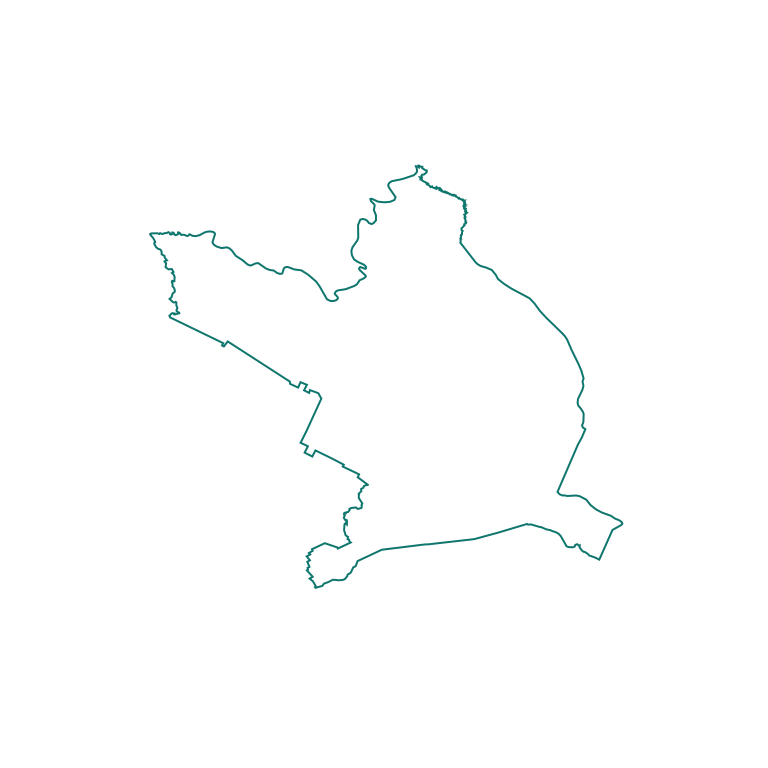 outline of San Francisco, Petén, Guatemala, rotated 114°
{"feature_id": "79465075B83427933273433", "entity_name": "San Francisco", "entity_type": "district", "adm_level": 2, "iso_a3": "GTM", "parent_name": "Guatemala", "parent_adm1": "Petén", "projection": "equal_earth", "projection_center": [-89.989, 16.624], "detail": "fine", "context": "isolated", "style": "outline", "palette": "teal", "viewbox_px": 768, "rotation_deg": 114, "n_neighbors": 0, "source": "geoboundaries", "source_scale": "gbopen_adm2", "svg_char_len": 6166}
<svg xmlns="http://www.w3.org/2000/svg" viewBox="0 0 768 768"><g transform="rotate(114 384 384)"><path d="M598.0,363.6L593.6,358.3L590.7,357.6L587.6,354.3L583.6,351.1L581.6,345.2L579.7,341.9L578.1,340.4L574.6,339.4L572.8,339.7L570.6,338.0L569.3,337.6L564.0,337.5L562.0,335.8L556.5,336.1L536.3,318.6L514.0,281.5L512.5,278.4L488.9,238.3L473.2,219.1L453.7,196.4L453.9,195.2L452.5,192.6L451.2,183.0L450.8,182.4L450.8,177.0L449.9,172.5L449.8,168.6L449.5,168.0L449.7,163.9L451.0,160.7L458.0,151.2L457.9,148.9L456.8,146.5L456.7,145.5L455.1,143.7L453.2,143.8L451.8,142.4L452.4,140.1L451.8,139.6L453.8,138.7L455.8,135.1L456.1,133.0L455.7,132.3L456.3,128.8L457.2,126.8L456.7,121.0L456.9,115.9L424.4,115.9L416.2,109.8L414.7,109.4L413.8,110.2L413.2,111.6L412.8,114.3L413.0,118.1L412.1,123.1L412.8,132.6L412.3,139.5L410.6,146.1L407.4,152.1L406.9,159.5L407.7,163.1L411.7,170.9L412.5,174.3L413.3,175.7L413.3,178.8L412.0,181.6L360.3,182.2L352.2,181.5L343.3,181.7L342.9,184.6L341.3,186.2L337.6,186.4L330.2,189.4L328.6,190.9L326.4,194.2L324.8,197.6L322.8,199.3L318.9,200.7L308.4,200.4L304.5,201.1L301.1,203.6L297.8,203.9L291.6,209.1L286.7,214.4L276.5,226.6L269.0,234.7L266.7,238.3L264.9,242.6L257.5,262.7L253.9,271.1L249.1,279.5L246.5,285.8L245.0,306.6L243.7,315.0L241.8,322.4L238.7,326.5L236.0,331.9L236.1,338.2L236.9,343.8L236.5,347.0L235.6,349.8L223.8,371.8L222.7,371.8L220.4,373.2L220.0,372.6L219.1,373.5L217.3,373.7L216.9,374.3L215.5,373.6L213.7,374.5L212.2,374.4L211.8,375.8L210.5,376.5L206.1,375.0L205.5,375.7L203.6,374.5L202.7,374.7L202.6,375.8L201.3,375.9L199.8,377.8L199.2,377.3L198.4,377.4L198.3,378.3L197.2,378.5L196.6,379.6L194.8,378.2L194.0,379.3L193.5,378.4L193.0,379.9L192.3,379.6L191.3,380.6L190.6,380.5L190.5,381.0L191.2,381.4L190.5,381.8L190.9,382.4L190.4,382.7L189.9,382.4L189.4,383.2L188.8,382.6L188.8,383.5L188.2,383.1L187.5,383.7L187.1,383.0L187.0,384.1L186.1,384.2L185.6,383.5L184.4,384.5L185.0,385.3L184.6,386.0L183.7,385.4L184.0,386.2L183.5,386.7L183.8,387.1L183.6,387.7L184.1,388.2L183.8,389.8L184.2,391.0L183.6,391.2L183.9,391.8L183.3,394.0L183.5,394.5L182.6,395.3L183.2,395.9L182.9,396.5L183.3,396.7L182.8,397.2L183.5,397.9L183.4,398.6L183.9,398.7L183.5,400.6L184.0,401.1L183.5,401.7L183.9,403.6L183.9,404.0L183.3,403.8L183.3,404.7L183.8,405.2L183.5,405.7L184.2,405.9L184.3,406.7L183.6,407.1L184.5,408.6L184.0,409.3L184.5,409.9L184.1,411.2L184.3,412.3L183.6,412.8L183.7,411.5L183.1,410.8L182.2,412.9L183.6,415.0L182.6,416.1L183.5,416.6L183.9,415.3L184.4,415.4L184.6,419.8L184.0,420.4L185.2,421.5L184.9,422.3L184.3,422.7L184.1,426.2L183.8,426.5L183.6,425.1L183.0,425.2L182.7,431.6L182.1,432.3L182.4,433.9L181.3,434.2L180.7,435.1L180.4,433.2L179.8,433.3L179.8,434.4L177.9,434.5L177.4,434.4L176.5,432.8L173.4,431.2L171.9,431.5L171.6,431.9L171.9,432.7L171.3,436.8L170.0,437.3L170.8,439.6L170.3,440.0L170.4,441.1L171.8,440.4L171.4,441.8L172.4,442.4L171.9,442.7L172.1,443.4L174.3,441.3L176.7,440.2L179.1,440.7L181.3,441.8L189.4,450.7L195.5,459.3L197.7,460.8L199.1,461.1L200.8,461.0L202.5,459.4L208.6,449.4L211.8,449.4L215.3,452.8L217.9,457.7L219.8,463.4L219.8,470.7L220.5,471.7L222.2,470.4L223.9,465.8L224.5,465.2L229.2,464.0L233.1,460.0L237.7,457.9L241.2,458.9L242.9,460.4L243.1,463.2L241.7,465.7L241.4,468.0L241.9,470.6L243.5,472.5L249.2,472.4L260.9,467.0L263.8,466.8L272.1,468.4L275.6,468.0L279.4,465.7L282.3,462.1L283.1,458.1L283.2,450.7L284.2,448.2L285.4,447.5L286.4,447.9L286.7,453.0L287.3,453.6L288.8,453.7L289.8,452.4L292.4,444.9L293.3,444.3L295.7,445.4L299.2,448.5L303.7,449.2L306.4,450.9L313.0,457.6L317.4,464.4L318.9,465.5L321.1,465.9L321.8,465.4L323.3,461.9L324.5,460.9L326.3,461.4L328.2,463.1L329.9,466.4L329.8,470.5L320.9,482.7L318.0,487.7L315.0,497.7L313.8,505.8L315.8,512.5L316.2,519.3L316.8,520.8L317.9,522.0L319.1,522.5L324.1,521.9L324.9,522.3L325.8,524.1L326.0,526.9L325.2,530.8L326.3,534.8L326.5,538.7L324.7,548.1L326.1,550.4L329.8,553.7L330.3,555.1L330.3,557.2L328.4,563.8L327.2,571.5L323.8,577.6L322.9,580.8L323.1,583.2L325.9,587.7L326.5,592.8L325.9,596.4L324.2,598.4L315.9,599.3L314.9,600.2L314.6,602.1L315.4,605.0L316.9,607.7L318.6,609.6L322.9,612.9L325.5,616.1L326.5,619.1L326.3,622.6L327.9,623.0L328.8,623.8L329.1,627.7L330.3,629.8L329.1,632.2L329.0,633.4L329.3,633.8L330.5,632.9L331.1,633.1L332.8,635.0L332.7,636.3L331.8,637.0L331.4,638.4L331.7,639.0L333.2,638.5L334.2,639.5L334.2,640.4L333.0,641.3L333.0,642.8L334.5,643.9L335.5,645.9L337.1,647.3L337.3,649.9L338.3,650.2L338.6,652.6L341.0,657.7L342.0,658.6L342.5,658.5L344.7,654.0L347.0,651.1L347.6,650.7L348.5,651.2L349.4,650.9L351.7,647.9L352.3,645.9L352.2,642.7L353.3,641.2L356.0,639.8L356.3,636.5L357.8,635.7L359.3,632.6L361.1,634.4L361.6,634.2L362.4,632.1L366.1,631.1L366.9,627.5L365.3,624.6L367.3,621.9L368.8,622.9L369.6,620.6L371.2,618.9L375.4,617.3L375.8,617.7L375.6,618.6L375.9,619.4L377.1,619.4L378.9,617.6L380.7,617.0L381.9,614.5L384.0,612.9L385.4,612.8L387.2,613.9L391.1,613.4L393.5,614.5L395.1,609.8L394.8,608.7L393.8,607.8L393.8,607.0L396.6,605.7L398.5,603.7L401.1,603.6L401.9,602.7L402.2,600.0L402.6,599.8L405.7,603.6L405.7,604.0L404.8,604.2L405.6,606.5L409.0,607.8L410.2,606.4L412.1,547.5L414.7,547.6L414.8,545.5L408.7,544.1L420.1,471.0L422.1,469.8L422.2,461.0L416.3,461.0L416.1,454.1L422.3,454.5L422.6,448.8L419.7,449.2L419.1,440.3L422.8,435.3L459.0,435.7L471.6,436.3L471.8,428.2L479.0,428.6L479.4,420.0L472.6,419.6L473.2,402.0L474.1,387.9L476.2,388.1L476.7,370.0L479.9,370.0L482.8,357.0L483.0,358.1L484.0,359.6L485.5,360.9L487.0,360.6L489.3,362.2L491.2,361.1L494.5,362.5L495.3,361.7L496.3,361.7L498.5,360.5L502.0,355.2L503.7,355.3L504.9,354.5L506.4,354.2L508.8,357.1L508.2,359.5L510.8,363.7L512.2,364.8L513.0,364.1L515.4,364.7L516.4,366.0L517.5,366.2L517.2,366.9L517.8,367.8L519.5,367.5L519.9,366.4L522.6,366.3L524.3,363.6L523.5,362.8L524.6,361.8L527.5,360.8L526.8,362.6L528.3,363.0L533.8,361.0L537.9,357.4L538.3,354.7L540.6,354.1L540.4,352.8L541.9,351.4L542.3,349.9L553.1,359.3L552.3,360.1L553.5,373.3L564.2,382.6L565.4,381.3L569.0,383.8L569.7,382.1L572.9,384.5L575.2,380.0L577.6,381.7L581.4,377.7L583.1,379.0L584.5,377.9L585.6,378.7L589.1,370.7L592.0,372.8L593.2,368.6L596.9,363.5L597.7,364.3L598.0,363.6Z" fill="none" stroke="#0f766e" stroke-width="2"/></g></svg>